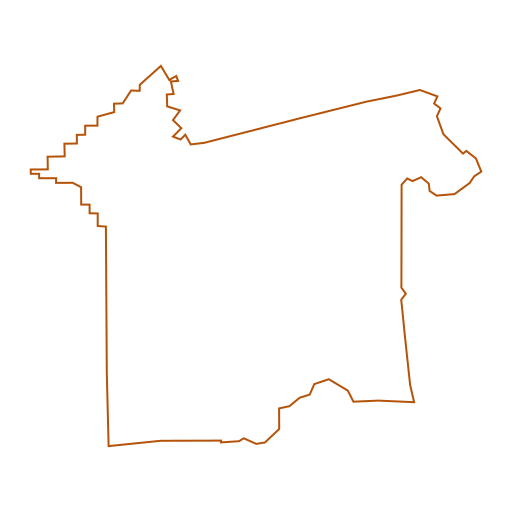 Rapides, Louisiana, United States of America (Natural Earth projection)
{"feature_id": "52423323B78580900034992", "entity_name": "Rapides", "entity_type": "district", "adm_level": 2, "iso_a3": "USA", "parent_name": "United States of America", "parent_adm1": "Louisiana", "projection": "natural_earth1", "projection_center": [-92.555, 31.204], "detail": "fine", "context": "isolated", "style": "outline", "palette": "amber", "viewbox_px": 512, "rotation_deg": 0, "n_neighbors": 0, "source": "geoboundaries", "source_scale": "gbopen_adm2", "svg_char_len": 1254}
<svg xmlns="http://www.w3.org/2000/svg" viewBox="0 0 512 512"><path d="M160.9,65.9L139.8,84.8L139.7,90.8L131.1,90.5L122.7,103.4L114.0,103.7L114.2,112.1L97.5,116.7L97.4,125.7L85.2,125.7L85.2,134.7L76.8,134.9L76.9,143.5L64.4,143.7L64.7,156.4L47.6,156.7L47.8,169.4L30.7,169.5L30.8,173.8L39.1,173.8L39.1,178.2L56.1,178.2L56.1,182.9L72.7,182.8L81.1,187.2L81.2,204.6L89.6,204.6L89.6,213.3L97.7,213.4L97.7,226.0L105.9,226.6L106.8,372.7L108.6,446.1L160.6,440.8L221.0,440.6L220.9,442.4L239.1,441.2L243.7,438.3L256.3,443.9L264.9,442.5L279.2,429.0L279.1,408.4L289.4,406.2L299.7,397.7L309.7,394.6L314.3,384.1L328.8,379.2L347.9,390.7L353.4,401.7L378.2,400.6L414.1,402.2L410.1,384.8L404.7,334.2L402.2,309.0L401.2,299.8L405.8,293.7L401.4,287.7L401.6,184.7L407.2,178.5L412.6,181.1L421.1,177.2L428.8,183.6L429.6,190.9L436.5,195.6L454.5,194.1L469.7,183.0L474.2,176.3L481.3,171.6L475.9,158.4L466.3,150.9L463.0,153.6L443.4,134.2L436.9,116.2L440.5,108.4L434.1,103.5L437.4,96.4L419.9,90.0L397.0,95.5L366.7,101.6L295.4,119.4L294.0,119.8L204.0,142.9L190.7,144.4L185.3,134.7L180.6,139.5L173.0,136.6L181.3,128.2L173.0,120.1L180.1,110.4L167.2,106.4L166.8,94.5L173.6,94.0L170.9,81.5L178.1,80.9L176.2,76.0L169.3,80.0L160.9,65.9Z" fill="none" stroke="#b45309" stroke-width="2"/></svg>